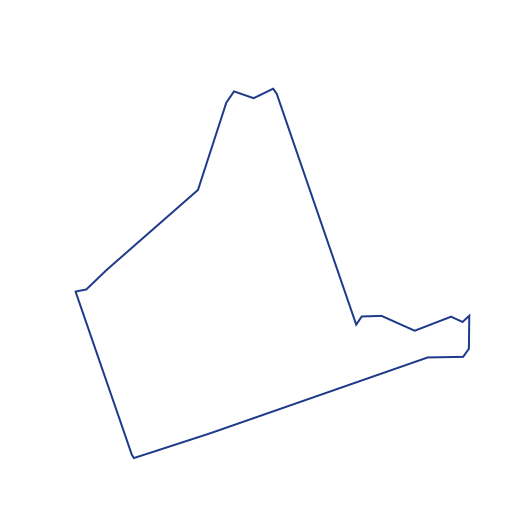 the district of Gregg, Texas, United States of America, rotated 341°
{"feature_id": "52423323B83112121815500", "entity_name": "Gregg", "entity_type": "district", "adm_level": 2, "iso_a3": "USA", "parent_name": "United States of America", "parent_adm1": "Texas", "projection": "albers", "projection_center": [-94.76, 32.514], "detail": "fine", "context": "isolated", "style": "outline", "palette": "blue", "viewbox_px": 512, "rotation_deg": 341, "n_neighbors": 0, "source": "geoboundaries", "source_scale": "gbopen_adm2", "svg_char_len": 448}
<svg xmlns="http://www.w3.org/2000/svg" viewBox="0 0 512 512"><g transform="rotate(341 256 256)"><path d="M328.4,109.4L326.7,103.4L305.1,106.0L288.8,93.2L277.8,101.4L222.7,174.6L110.3,220.5L84.6,232.4L74.1,230.9L73.8,231.0L73.9,403.7L74.8,407.3L154.8,408.7L385.3,407.8L419.0,418.8L427.1,413.0L438.2,381.9L429.8,385.6L420.7,376.9L381.7,378.3L355.2,353.5L336.3,347.6L328.4,353.5L328.4,109.4Z" fill="none" stroke="#1e3a8a" stroke-width="2"/></g></svg>